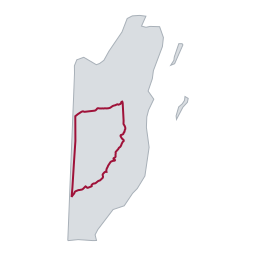 where Cayo sits in Belize
{"feature_id": "BLZ-1324", "entity_name": "Cayo", "entity_type": "District", "adm_level": 1, "iso_a3": "BLZ", "parent_name": "Belize", "parent_adm1": "", "projection": "orthographic", "projection_center": [-88.805, 16.941], "detail": "fine", "context": "in_parent", "style": "outline", "palette": "rose", "viewbox_px": 256, "rotation_deg": 0, "n_neighbors": 0, "source": "natural_earth", "source_scale": "10m", "svg_char_len": 2783}
<svg xmlns="http://www.w3.org/2000/svg" viewBox="0 0 256 256"><path d="M74.5,73.3L74.4,65.8L76.8,59.8L83.7,57.3L92.6,62.5L96.3,64.7L99.6,63.5L103.9,60.3L109.0,51.1L122.0,32.0L127.2,18.5L132.3,15.9L139.6,15.4L145.9,16.2L141.5,26.1L146.0,27.3L150.0,26.4L159.6,26.7L163.4,37.5L162.4,46.6L153.4,70.6L152.3,78.8L148.1,91.1L153.8,99.2L148.6,110.0L146.8,116.9L146.4,127.4L149.1,147.3L144.9,176.0L137.3,188.5L132.6,193.3L124.2,205.8L113.1,209.5L97.8,229.6L95.1,234.8L96.5,240.5L92.9,240.6L78.2,239.6L68.2,240.6L67.8,240.1L68.7,218.6L70.0,185.2L71.0,160.7L72.0,136.8L72.7,118.8L73.7,94.4L74.5,73.3ZM174.6,63.7L170.7,65.3L173.9,60.3L174.3,57.0L178.8,43.7L182.1,43.7L182.9,44.9L174.6,63.7ZM182.9,107.2L176.5,119.4L176.1,115.9L178.7,106.9L182.3,103.8L184.5,100.4L185.0,96.5L188.2,98.4L187.4,102.3L182.9,107.2Z" fill="#d9dde1" stroke="#a8b0b8" stroke-width="1"/><path d="M71.6,196.9L72.4,187.9L73.9,163.5L75.4,141.0L75.3,116.2L77.8,114.2L81.3,111.9L82.4,111.4L83.3,111.4L84.0,111.7L84.7,111.8L94.3,110.7L95.4,110.4L96.3,109.7L96.8,109.0L97.4,108.4L98.0,108.2L99.2,108.4L100.7,108.5L102.6,108.4L103.5,108.5L104.7,108.3L106.9,108.4L108.8,108.2L110.3,107.7L112.7,106.0L114.1,105.5L115.1,105.3L116.8,104.5L117.4,104.3L118.6,104.7L120.5,103.9L121.0,103.0L121.5,101.9L122.2,101.6L122.5,102.1L122.7,103.3L123.6,120.6L123.5,123.8L123.6,124.2L124.5,125.6L125.2,127.3L125.3,128.2L125.3,129.0L124.8,130.0L124.7,130.7L124.5,131.6L124.3,132.1L124.1,132.2L123.9,132.3L123.8,132.6L123.6,132.9L123.6,133.3L123.3,133.9L123.1,134.1L122.9,134.2L122.7,134.4L120.8,135.1L120.5,135.9L120.8,136.6L122.0,138.6L123.2,139.6L123.7,140.2L123.7,141.0L123.3,141.4L122.9,141.7L122.6,142.1L121.7,143.8L121.2,145.2L120.7,146.2L120.2,146.9L119.2,147.6L118.8,148.0L118.3,149.0L115.8,151.8L115.6,152.2L115.6,152.6L115.7,153.0L115.7,153.5L115.5,154.7L115.5,155.1L115.6,156.2L115.5,156.6L115.4,157.0L115.2,157.3L114.9,157.5L114.1,157.9L113.6,158.3L113.5,158.6L113.5,158.9L114.6,159.7L115.0,160.1L114.9,160.4L114.7,160.6L114.3,160.7L112.8,160.9L111.2,161.5L110.8,161.8L110.4,162.2L108.1,165.7L107.6,167.0L106.7,168.7L106.3,170.4L106.3,170.7L106.5,171.9L105.1,171.9L104.5,172.3L104.3,172.5L103.8,173.0L102.9,174.1L102.7,174.5L102.6,174.9L103.0,176.4L103.0,176.8L102.8,177.7L101.1,179.4L99.8,180.5L99.4,180.6L98.7,180.8L98.1,181.1L95.9,182.9L95.2,183.3L94.6,183.5L94.2,183.4L93.7,183.5L92.8,183.9L92.3,184.3L92.0,184.6L91.6,185.1L91.6,185.4L91.7,186.2L91.4,186.4L88.1,187.7L87.6,187.8L87.3,187.8L87.0,187.6L86.4,187.0L86.2,186.8L85.9,186.6L85.5,186.4L85.3,186.6L84.7,187.2L83.0,188.9L82.4,189.3L81.8,189.6L80.4,189.8L79.8,190.0L79.5,190.0L78.4,190.1L75.5,191.3L75.1,191.6L74.8,192.0L74.5,192.4L74.4,192.6L74.4,193.0L74.2,193.4L74.0,193.7L73.4,194.4L73.0,194.9L72.5,195.5L71.6,196.9Z" fill="none" stroke="#9f1239" stroke-width="2"/></svg>